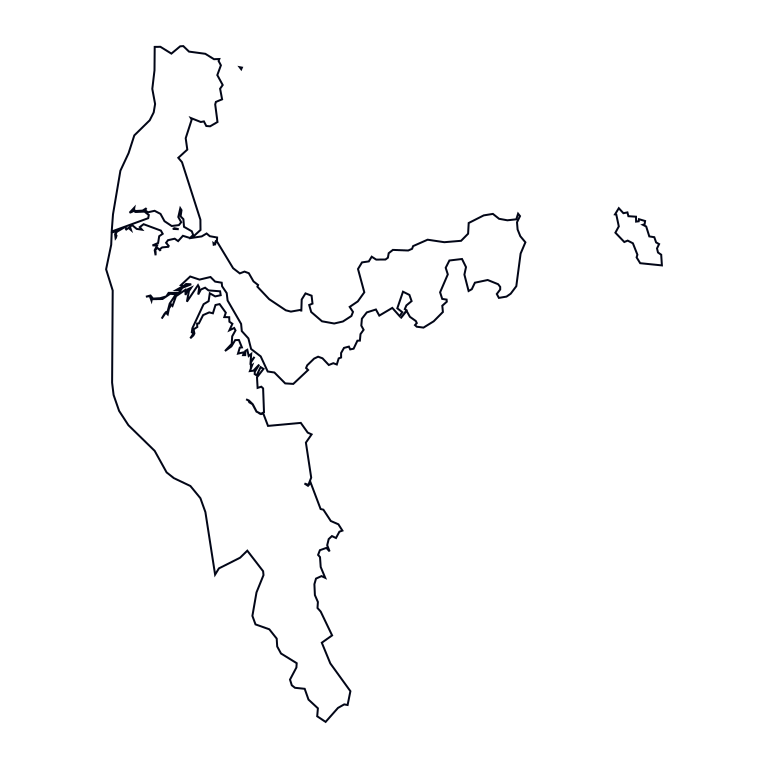 outline of Hibiscus and Bays Local Board Area, Auckland, New Zealand
{"feature_id": "76426892B59525679970548", "entity_name": "Hibiscus and Bays Local Board Area", "entity_type": "district", "adm_level": 2, "iso_a3": "NZL", "parent_name": "New Zealand", "parent_adm1": "Auckland", "projection": "equal_earth", "projection_center": [174.744, -36.648], "detail": "fine", "context": "isolated", "style": "outline", "palette": "ink", "viewbox_px": 768, "rotation_deg": 0, "n_neighbors": 0, "source": "geoboundaries", "source_scale": "gbopen_adm2", "svg_char_len": 6097}
<svg xmlns="http://www.w3.org/2000/svg" viewBox="0 0 768 768"><path d="M111.7,231.5L148.2,218.2L148.8,215.0L144.5,211.6L135.6,212.0L133.4,210.9L131.7,212.0L129.6,212.7L134.3,207.7L133.9,210.0L135.8,211.0L142.6,210.6L146.5,208.2L145.0,210.2L147.9,212.3L154.6,210.8L160.5,213.9L164.5,221.2L171.7,226.0L178.9,225.1L181.2,222.2L178.3,217.0L180.3,208.3L181.5,210.2L180.6,216.3L183.4,219.2L184.0,226.8L191.8,231.3L193.2,235.0L190.0,238.0L182.9,235.8L178.1,241.1L174.7,238.7L168.0,240.2L166.1,242.8L168.7,245.9L168.3,246.8L162.2,247.4L159.9,249.1L160.5,250.8L157.4,247.8L155.2,250.1L155.6,251.9L155.6,255.3L154.7,250.2L157.1,245.5L152.5,245.4L158.1,243.0L159.2,236.2L162.7,233.8L160.9,230.6L143.6,224.2L139.8,227.1L142.0,229.7L136.7,228.9L132.0,225.0L130.0,226.9L131.0,230.0L128.6,227.9L125.5,230.0L126.8,228.6L124.7,227.2L116.8,231.8L115.6,234.2L116.5,235.6L115.9,237.8L115.6,238.2L115.1,234.2L116.8,230.9L111.7,232.6L111.2,244.8L106.1,269.3L112.7,290.5L112.1,382.7L113.6,395.0L119.1,410.9L128.4,425.2L154.7,450.9L166.6,472.4L173.8,478.1L190.4,486.0L200.4,498.2L205.4,512.1L215.1,574.6L218.9,568.4L240.1,557.7L247.3,550.7L263.1,571.2L263.5,575.1L256.5,592.4L252.4,615.9L255.5,624.4L269.3,629.3L276.7,638.6L277.2,646.5L281.0,653.5L296.7,663.2L296.4,667.5L290.0,679.6L291.8,685.3L295.0,687.8L304.7,688.8L308.5,699.6L317.9,708.3L317.2,716.3L325.6,721.9L338.0,707.9L344.2,704.4L347.6,705.0L350.4,691.2L330.3,663.4L321.8,642.7L332.1,635.4L320.7,611.6L317.5,608.0L317.9,602.0L314.9,595.1L314.4,584.2L316.0,578.6L321.5,576.1L325.2,577.8L320.7,567.0L320.0,557.1L318.1,554.9L319.9,550.2L326.4,547.9L329.6,551.4L327.2,545.2L328.7,539.1L331.9,536.1L336.0,538.0L339.4,531.7L342.4,530.6L338.4,524.3L330.8,521.0L323.4,509.7L320.6,509.0L310.7,482.8L308.0,485.8L304.5,483.5L308.4,484.9L311.2,477.6L305.9,442.6L311.6,434.4L307.7,432.6L300.8,422.9L268.0,425.9L263.3,413.5L261.0,414.1L259.7,413.6L257.9,412.3L256.5,411.7L252.5,404.2L249.3,402.3L248.5,400.5L246.1,399.3L248.9,400.5L252.8,404.3L256.6,411.6L261.0,413.8L264.0,412.2L263.1,388.4L261.3,386.7L257.6,387.9L257.0,377.3L263.5,368.9L260.6,367.1L256.7,375.4L254.7,374.1L254.8,371.8L259.2,364.6L253.4,370.7L249.9,371.1L252.2,365.1L250.9,366.0L250.9,362.4L254.5,356.9L250.6,361.9L251.2,354.0L248.7,356.0L247.3,349.8L245.4,350.9L245.2,355.1L243.1,355.1L244.2,352.2L238.0,353.6L239.8,347.6L241.9,347.4L238.9,340.0L235.2,340.1L231.4,346.4L225.0,351.0L231.7,343.9L232.2,336.3L235.5,330.4L234.2,328.0L229.4,330.3L232.4,323.8L229.4,321.7L229.2,317.2L224.3,317.1L225.8,312.7L219.6,304.1L215.5,305.0L212.9,313.3L209.2,312.4L203.1,315.1L198.9,323.4L197.1,323.6L197.3,327.0L193.6,329.3L194.4,333.5L193.4,335.4L190.3,338.3L193.5,333.5L191.8,332.3L192.4,328.2L203.6,304.2L208.6,301.2L209.8,293.3L215.2,296.4L220.7,295.2L220.1,291.3L208.5,290.4L205.1,287.7L200.9,289.5L198.2,294.5L199.2,287.5L198.0,285.2L186.9,301.7L188.9,291.1L191.2,287.7L187.4,289.5L186.8,291.8L185.6,295.0L185.3,289.9L176.0,296.2L172.5,305.9L171.4,304.7L169.0,308.4L167.7,314.4L165.8,312.6L161.7,318.6L164.4,314.0L165.9,312.2L167.6,311.5L169.7,303.6L175.9,294.3L170.2,293.8L162.5,299.0L151.8,299.2L151.5,300.7L149.8,296.1L145.9,296.7L150.5,295.5L153.0,298.6L160.1,298.2L166.3,296.4L168.6,292.9L178.9,292.9L182.3,287.8L191.2,284.3L186.1,284.0L178.7,290.2L176.1,290.1L183.3,286.0L180.9,285.2L190.2,276.5L199.5,279.6L210.5,277.0L215.1,281.6L221.7,282.7L222.1,286.3L226.7,293.1L227.6,300.5L241.1,323.9L241.8,331.1L248.4,338.4L251.1,349.0L260.7,356.4L267.7,371.5L274.4,372.5L285.2,383.4L293.3,383.9L308.1,370.0L306.1,368.0L307.2,365.3L314.1,358.6L318.1,356.7L322.5,358.3L328.8,365.0L333.3,363.2L336.8,364.5L338.7,358.4L341.1,357.5L341.1,353.0L344.0,347.9L348.9,346.6L350.2,349.4L353.6,348.7L357.4,340.7L359.9,340.6L360.5,334.1L363.6,329.8L361.3,325.6L361.9,318.7L366.8,312.4L375.9,309.5L379.3,315.6L392.3,307.9L399.6,316.1L402.3,312.2L397.3,308.3L403.0,291.7L409.4,294.9L411.6,301.1L406.4,305.4L404.8,309.1L406.6,310.3L400.6,318.4L406.6,310.9L409.9,316.8L415.8,321.0L416.8,323.1L415.0,325.1L416.7,326.7L423.5,327.6L433.7,321.3L442.9,312.0L442.3,305.7L446.8,301.7L446.6,299.6L442.2,298.9L440.1,292.3L447.8,274.4L445.7,267.8L449.4,260.5L462.0,259.0L466.0,267.1L464.4,274.6L468.6,291.0L471.8,289.2L474.9,282.7L487.7,280.0L498.1,284.2L500.2,286.9L500.2,289.5L496.8,294.0L498.9,297.9L506.5,296.6L510.7,293.7L516.3,286.2L520.6,253.6L525.4,242.3L520.3,236.2L517.6,229.5L517.0,222.3L520.0,216.1L518.1,213.7L516.3,219.3L507.4,220.3L499.1,218.8L492.9,213.9L483.7,215.4L468.7,223.0L468.1,233.7L461.1,240.8L444.3,242.2L427.6,239.7L413.1,246.1L412.1,248.8L408.2,250.5L392.9,249.9L388.7,253.2L387.9,257.7L385.5,259.5L376.2,259.6L371.7,256.7L368.8,261.4L362.0,262.4L358.0,269.0L364.3,292.3L357.8,301.4L349.7,306.9L353.0,311.9L351.4,316.0L342.9,321.5L334.2,323.5L322.0,321.3L311.2,312.0L309.2,305.0L312.5,303.6L311.6,295.7L305.5,293.4L301.7,299.5L301.3,311.5L301.1,309.8L290.9,311.6L285.8,310.3L269.2,299.2L257.4,286.7L258.1,285.0L253.5,281.4L248.8,273.2L244.5,271.6L239.8,273.4L233.1,268.2L216.9,241.4L215.9,241.2L215.2,244.2L213.7,244.7L213.5,243.2L214.8,244.2L215.7,241.3L217.0,240.2L217.1,237.5L209.8,236.2L206.6,233.5L201.7,236.4L191.8,237.9L200.5,230.0L200.4,219.7L182.0,162.2L178.3,157.8L187.3,149.6L185.7,138.2L191.7,119.6L190.8,118.0L200.8,122.0L203.9,121.4L206.3,126.0L210.1,126.3L217.5,122.0L215.2,104.4L215.9,101.9L222.1,99.3L220.1,88.7L222.7,85.0L217.3,75.1L220.9,65.3L218.6,61.0L219.3,59.0L214.0,59.2L205.3,53.8L189.0,51.6L183.3,46.1L180.2,46.3L171.4,53.6L160.4,46.8L154.7,46.9L154.5,70.3L152.3,88.9L155.1,104.0L153.7,112.4L149.7,120.3L134.3,135.4L128.6,153.1L120.4,170.7L113.0,214.3L111.7,231.5ZM623.4,213.2L618.8,208.2L615.0,214.4L616.3,214.6L618.8,226.4L615.4,232.7L624.3,242.0L627.7,240.6L632.9,243.3L637.4,254.7L636.6,257.4L640.2,263.2L661.9,265.4L661.2,254.7L658.0,252.5L657.0,248.4L659.1,244.1L656.1,242.4L654.3,237.2L649.3,236.4L646.2,226.5L642.9,224.8L644.6,224.3L645.1,221.0L639.0,219.2L638.7,221.3L636.1,221.6L636.0,216.7L628.4,216.2L627.4,212.4L623.4,213.2ZM178.7,229.2L174.5,228.2L172.8,228.9L178.7,229.2ZM241.2,69.2L241.9,67.6L239.7,67.2L241.2,69.2Z" fill="none" stroke="#020617" stroke-width="2"/></svg>